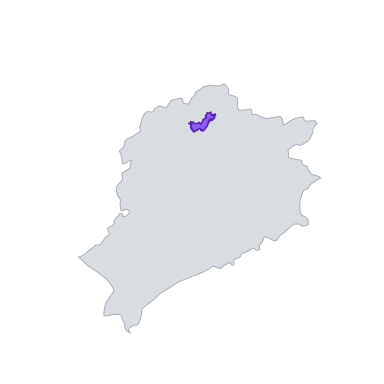 Beshankovichy, Vitebsk, Belarus shown in context, rotated 326°
{"feature_id": "67162791B20127655381780", "entity_name": "Beshankovichy", "entity_type": "district", "adm_level": 2, "iso_a3": "BLR", "parent_name": "Belarus", "parent_adm1": "Vitebsk", "projection": "robinson", "projection_center": [29.528, 55.058], "detail": "fine", "context": "in_parent", "style": "filled", "palette": "violet", "viewbox_px": 384, "rotation_deg": 326, "n_neighbors": 0, "source": "geoboundaries", "source_scale": "gbopen_adm2", "svg_char_len": 8412}
<svg xmlns="http://www.w3.org/2000/svg" viewBox="0 0 384 384"><g transform="rotate(326 192 192)"><path d="M306.5,252.2L300.8,251.9L294.0,252.0L290.2,254.1L286.1,253.1L283.1,254.3L276.4,260.0L273.8,263.1L271.3,267.8L269.8,271.3L270.7,273.8L272.0,276.0L272.3,278.5L272.9,280.4L271.2,281.8L270.3,283.9L267.4,283.5L263.9,281.6L263.2,278.8L260.5,276.8L258.7,275.8L255.8,275.6L251.1,276.5L245.0,277.2L240.5,277.4L237.9,278.4L234.2,279.4L232.8,278.2L230.8,275.1L229.1,271.9L227.9,270.5L226.9,270.1L225.7,270.2L224.3,271.2L223.2,272.2L219.3,273.4L217.6,274.6L215.8,277.5L214.5,277.3L213.3,276.6L211.8,273.3L209.8,272.6L206.6,272.5L202.6,271.9L199.4,270.9L198.2,271.1L196.3,272.5L194.2,272.7L189.6,271.5L188.7,272.0L186.1,275.6L184.8,275.8L184.1,275.3L184.5,272.2L181.9,271.1L177.4,270.9L174.3,271.4L172.8,271.3L172.0,270.7L168.2,265.4L166.2,265.1L162.5,265.3L157.2,264.7L151.0,263.5L147.6,263.1L145.9,261.9L142.1,261.5L131.9,259.3L127.7,258.9L121.6,258.9L112.2,258.4L106.2,258.6L103.4,259.4L100.2,259.8L89.1,260.4L85.1,261.0L83.9,262.1L82.5,264.5L77.8,268.7L73.2,271.5L72.4,271.7L69.9,270.3L67.7,269.8L65.2,269.6L63.3,270.1L62.2,270.8L62.2,274.0L61.9,274.3L60.1,270.4L60.4,267.0L61.6,265.0L62.9,263.2L62.5,260.6L63.9,257.0L64.1,254.5L63.5,253.4L62.5,252.1L59.7,250.7L58.4,249.6L54.6,248.1L50.8,246.3L50.2,245.2L50.4,244.4L51.1,243.2L54.2,239.8L57.5,236.5L59.6,235.1L70.6,230.9L72.4,229.4L72.9,226.8L72.9,221.7L72.4,217.1L71.6,213.9L69.8,207.9L64.6,195.4L61.7,182.5L63.9,183.3L69.0,183.6L73.1,182.7L75.2,182.6L77.1,182.8L82.5,182.1L83.8,183.3L86.2,184.3L91.0,182.8L95.2,181.0L99.5,181.2L100.2,180.3L101.4,175.7L102.7,174.8L107.9,175.2L109.8,174.4L111.9,172.1L115.0,170.7L117.5,170.7L120.2,169.2L121.5,170.2L122.1,172.1L121.2,173.6L121.6,174.2L123.4,175.0L126.5,174.9L128.6,174.3L129.1,173.4L129.1,171.9L128.6,170.4L127.3,169.2L124.8,168.5L123.1,168.5L122.8,167.7L123.4,166.0L125.1,162.8L127.0,160.0L128.2,158.9L128.4,157.9L128.3,156.2L128.3,153.1L130.1,148.7L132.5,145.4L135.6,144.4L139.3,143.8L141.8,142.3L143.0,140.5L144.1,137.8L145.3,137.2L154.3,137.6L155.7,134.9L156.5,134.1L158.3,133.3L159.5,132.3L159.1,131.6L156.8,131.1L151.4,130.7L150.3,129.8L150.6,128.7L152.2,125.9L153.6,122.2L154.4,119.4L154.5,117.8L155.3,117.3L159.7,116.8L161.2,116.2L165.0,112.4L167.9,111.8L175.3,112.7L178.8,112.7L183.1,112.9L183.5,112.6L185.1,108.8L192.5,102.7L196.4,100.6L198.9,100.1L199.8,100.3L203.7,103.5L204.6,103.6L207.3,102.2L211.8,102.1L213.9,103.2L216.9,107.2L218.5,107.6L222.9,105.4L225.3,104.7L226.9,104.7L235.3,107.8L235.9,108.8L235.9,109.9L234.6,113.5L236.4,115.7L238.4,117.1L242.7,114.7L244.2,114.0L246.0,114.0L248.3,113.1L250.0,111.7L251.6,111.2L254.6,111.6L260.2,111.2L266.6,113.4L267.2,114.0L270.4,116.6L271.6,117.8L272.6,118.2L274.4,119.4L276.7,120.2L278.3,120.0L279.1,120.4L279.8,121.4L279.8,123.0L279.7,127.7L277.4,130.2L277.1,131.1L277.2,132.1L279.0,134.1L281.4,137.3L282.0,139.1L282.0,140.5L278.8,144.6L277.8,145.6L277.0,147.6L276.6,149.7L276.9,150.6L282.3,153.9L286.4,155.7L287.3,156.6L287.4,157.1L285.3,160.7L285.1,161.6L288.3,163.1L290.1,165.4L291.7,169.2L294.8,172.8L306.3,178.1L307.3,179.1L307.7,180.2L307.4,182.7L305.3,187.4L307.3,188.1L312.4,188.0L318.5,188.5L325.9,191.9L326.0,193.4L325.2,194.8L325.8,196.2L326.6,197.4L333.1,201.2L333.7,202.2L333.8,204.1L333.7,205.4L331.9,205.7L330.0,206.3L326.8,207.9L325.6,210.2L320.4,213.3L317.2,214.7L314.6,214.7L308.5,214.1L306.4,212.6L305.5,211.2L303.1,210.5L300.0,210.5L295.7,210.7L294.8,211.1L294.1,212.9L292.3,215.8L291.0,217.5L296.6,223.4L299.3,225.8L300.2,227.3L300.2,228.3L298.9,229.5L299.2,232.0L301.9,235.3L301.0,235.8L300.8,239.9L300.8,244.2L301.6,245.2L303.0,246.1L304.3,247.7L306.3,251.2L306.5,252.2Z" fill="#d9dde1" stroke="#a8b0b8" stroke-width="1"/><path d="M248.4,135.2L248.0,135.5L247.8,135.6L247.5,135.8L247.3,135.8L247.1,135.9L246.7,136.0L246.0,136.2L245.7,136.4L245.6,136.6L245.5,136.8L245.5,137.0L245.6,137.3L245.6,137.5L245.7,137.9L245.6,138.1L245.5,138.3L245.3,138.4L245.2,138.5L244.8,138.5L244.1,138.3L243.8,138.2L243.5,138.1L243.3,138.1L242.1,138.1L241.9,138.1L241.7,138.2L241.4,138.4L241.2,138.4L241.1,138.5L240.8,138.7L240.7,138.8L240.6,139.0L240.4,139.2L240.2,139.4L240.0,139.5L239.6,139.6L239.1,139.7L238.9,139.8L238.7,139.9L238.5,140.1L238.2,140.4L237.9,140.6L237.5,140.6L237.2,140.6L236.9,140.5L236.8,140.4L236.8,140.2L236.8,139.9L236.9,139.6L237.0,139.3L237.0,139.1L237.0,138.9L237.0,138.7L236.7,138.3L236.6,138.2L236.2,138.1L235.5,138.2L235.3,138.2L234.8,138.3L234.7,138.4L234.4,138.3L234.2,138.3L234.1,138.2L234.0,137.8L233.5,137.6L233.4,137.5L233.1,137.3L232.9,137.1L232.8,136.9L232.7,136.6L232.7,136.4L232.6,136.1L232.4,136.0L232.1,135.7L231.9,135.5L231.8,135.4L231.9,135.2L232.1,135.0L232.1,134.9L232.1,134.7L231.8,134.4L231.6,134.3L231.4,134.2L231.2,134.1L231.0,133.9L230.8,133.8L230.7,133.6L230.7,133.4L230.6,133.2L230.3,133.0L230.2,133.0L229.8,133.1L229.6,133.2L229.4,133.4L229.2,133.6L228.9,133.6L228.6,133.7L228.3,133.6L228.1,133.5L227.8,133.4L227.6,133.3L227.4,133.1L227.5,133.3L227.5,133.6L227.7,133.8L228.1,134.3L228.5,134.6L228.7,134.8L229.0,134.9L229.1,135.0L229.7,135.1L229.9,135.2L230.0,135.3L230.1,135.5L229.9,135.7L229.6,135.7L229.4,135.7L229.2,135.9L229.1,136.0L228.8,136.1L228.6,136.3L228.2,136.3L228.0,136.5L228.0,136.9L227.9,137.0L227.7,137.2L227.3,137.3L227.2,137.3L227.1,137.5L227.4,137.8L227.6,137.9L227.6,138.0L227.4,138.0L227.4,138.3L227.5,138.5L227.3,138.8L227.2,138.8L226.9,138.8L226.7,138.8L226.7,139.0L226.8,139.3L227.0,139.5L226.9,139.7L226.7,139.8L226.7,140.1L226.7,140.3L226.8,140.4L226.9,140.5L227.1,140.6L227.3,140.8L227.3,141.0L227.2,141.1L226.8,141.3L226.7,141.5L226.8,141.6L227.0,141.8L227.1,142.0L227.0,142.4L227.0,142.5L226.9,142.8L226.9,143.0L227.2,143.1L227.3,143.1L227.6,143.3L227.8,143.4L228.1,143.5L228.4,143.5L228.6,143.4L228.8,143.3L229.3,143.2L229.5,143.1L229.8,143.3L229.9,143.5L230.0,143.6L230.3,143.6L230.5,143.6L230.9,143.5L231.2,143.7L231.6,143.7L231.9,143.6L232.2,143.5L232.5,143.4L232.9,143.3L233.0,143.3L233.3,143.5L233.7,143.5L233.9,143.5L234.0,143.7L234.1,144.0L234.3,144.2L234.3,144.3L234.2,144.3L234.1,144.5L234.0,144.8L234.2,145.1L234.0,145.4L233.8,145.7L233.8,145.8L233.9,146.0L234.1,146.1L234.3,146.0L234.4,145.9L234.4,145.7L234.5,145.6L234.8,145.5L235.1,145.5L235.2,145.8L235.2,146.0L234.8,146.2L234.7,146.2L234.6,146.4L234.5,146.5L234.5,146.8L234.6,147.0L234.9,147.4L235.0,147.4L235.1,147.5L235.3,147.5L235.3,147.4L235.4,147.1L235.5,147.0L235.8,147.0L236.2,147.2L236.3,147.2L236.5,147.3L236.8,147.4L237.0,147.5L237.3,147.4L237.6,147.3L237.8,147.2L238.3,146.9L239.0,146.8L239.2,146.7L239.4,146.6L239.6,146.3L239.7,146.2L239.9,146.2L240.1,146.2L240.3,146.2L240.8,146.2L241.2,146.0L241.8,145.8L241.9,145.6L241.9,145.4L242.0,145.4L242.5,145.2L242.9,144.8L243.2,144.5L243.2,144.3L243.3,144.1L243.4,143.9L243.5,143.8L243.7,143.6L243.9,143.6L244.1,143.6L244.3,143.8L244.3,144.0L244.5,144.0L245.0,143.9L245.2,143.6L245.3,143.2L245.5,142.9L245.8,142.9L246.0,143.0L246.3,143.2L246.5,143.1L246.7,142.9L246.4,142.5L246.2,142.3L246.1,142.2L246.3,142.1L246.7,142.3L246.8,142.4L247.0,142.5L247.4,142.7L247.6,142.9L247.9,143.1L248.0,143.2L248.3,142.9L248.2,142.8L248.0,142.5L247.8,142.4L247.6,142.2L247.5,141.9L247.6,141.7L247.9,141.5L248.2,141.5L248.4,141.6L248.5,142.0L248.8,142.3L249.0,142.6L249.4,142.8L249.5,142.9L249.6,143.0L249.5,143.3L249.3,143.3L249.2,143.4L248.9,143.4L248.9,143.6L248.9,143.8L249.1,143.8L249.4,143.6L249.7,143.5L250.1,143.5L250.4,143.6L250.7,143.5L250.9,143.5L251.1,143.4L251.4,143.1L251.7,143.1L252.3,143.1L252.5,143.0L252.5,142.9L252.3,142.8L252.2,142.6L252.2,142.4L252.3,142.1L252.6,142.0L252.8,142.0L253.0,142.0L253.0,141.8L252.9,141.6L252.9,141.4L253.1,141.3L253.3,141.3L253.6,141.4L253.8,141.4L254.0,141.3L254.3,141.3L254.5,141.4L254.6,141.2L254.7,140.9L254.8,140.6L254.8,140.4L254.6,140.4L254.4,140.3L254.2,140.2L253.8,139.9L253.6,139.8L253.3,139.9L253.1,140.0L252.9,140.1L252.5,140.1L252.2,140.1L251.8,140.1L251.6,140.1L251.4,140.1L251.2,140.0L251.1,139.9L251.1,139.7L251.3,139.6L251.8,139.4L252.0,139.1L251.9,139.0L251.8,138.9L251.6,138.8L251.5,138.7L251.4,138.6L251.3,138.3L251.3,138.1L251.4,137.8L251.6,137.3L251.7,137.1L251.8,137.0L252.0,136.8L252.2,136.7L252.4,136.6L252.3,136.4L251.7,136.4L251.3,136.4L251.1,136.4L250.5,136.3L250.3,136.2L250.0,136.1L249.9,136.0L249.8,135.9L249.7,135.6L249.6,135.3L249.6,135.1L249.3,134.8L249.1,134.8L248.9,134.8L248.7,134.9L248.6,135.0L248.4,135.2Z" fill="#8b5cf6" stroke="#5b21b6" stroke-width="1.5"/></g></svg>